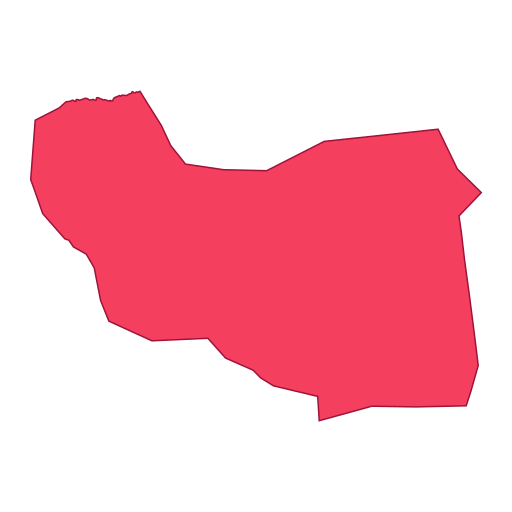 Bayan-O'njuul, Töv, Mongolia
{"feature_id": "93677404B80722080120320", "entity_name": "Bayan-O'njuul", "entity_type": "district", "adm_level": 2, "iso_a3": "MNG", "parent_name": "Mongolia", "parent_adm1": "Töv", "projection": "robinson", "projection_center": [105.656, 46.921], "detail": "fine", "context": "isolated", "style": "filled", "palette": "rose", "viewbox_px": 512, "rotation_deg": 0, "n_neighbors": 0, "source": "geoboundaries", "source_scale": "gbopen_adm2", "svg_char_len": 2428}
<svg xmlns="http://www.w3.org/2000/svg" viewBox="0 0 512 512"><path d="M319.2,420.3L319.2,420.7L371.8,406.2L416.0,406.9L466.2,405.8L471.0,390.9L478.2,365.5L474.9,338.3L469.6,296.9L464.5,259.6L461.4,232.8L459.0,215.9L481.3,192.6L457.4,169.1L438.1,129.2L353.2,138.3L324.2,141.4L266.6,170.7L223.5,169.7L185.5,164.1L170.8,145.7L161.3,125.4L147.9,104.1L140.0,91.3L139.7,91.4L139.3,91.5L139.1,91.6L138.8,91.8L138.5,92.1L138.2,92.3L137.6,92.3L137.3,92.2L136.9,91.9L136.5,91.9L136.2,92.0L135.9,92.2L135.6,92.4L135.2,92.6L134.8,92.9L134.4,93.0L134.2,93.0L133.9,92.8L133.5,92.5L133.3,92.2L133.1,92.0L133.0,91.9L132.8,91.8L132.7,91.7L132.4,91.8L132.1,91.8L132.0,92.1L131.8,92.4L131.7,92.9L131.5,93.2L131.0,93.5L130.4,93.7L129.7,93.8L129.2,94.0L128.6,94.3L128.1,94.6L127.6,95.0L127.2,95.3L126.5,95.4L126.0,95.4L125.1,95.4L124.4,95.3L123.8,95.3L123.2,95.3L122.7,95.1L122.4,95.1L122.0,95.2L121.6,95.6L121.0,96.0L120.7,96.1L120.3,95.9L119.9,95.6L119.4,95.6L118.9,95.7L118.4,96.1L117.7,96.3L116.7,96.8L115.4,97.2L114.6,97.6L113.9,98.2L113.4,99.0L113.1,99.4L113.0,99.9L112.8,100.4L112.5,100.9L112.1,101.1L111.6,100.9L111.1,100.7L110.7,100.4L110.1,100.4L109.7,100.8L109.4,101.2L109.0,101.2L108.6,101.1L108.4,100.9L107.8,100.5L107.3,100.3L107.0,100.4L106.3,100.3L105.7,100.0L105.3,99.8L104.8,99.7L104.2,99.8L103.8,99.9L103.3,100.0L102.7,99.6L102.3,99.4L101.6,99.1L101.0,99.0L100.4,98.8L99.8,98.5L99.3,98.2L98.8,97.9L98.3,97.8L97.7,97.6L97.4,97.6L97.0,97.7L96.6,97.9L96.4,98.3L96.3,98.8L96.3,99.9L96.1,100.1L95.7,100.3L95.2,100.2L94.9,100.2L94.4,100.1L94.2,100.0L93.9,99.7L93.7,99.5L93.5,99.4L93.1,99.4L92.6,99.5L92.1,99.6L91.6,99.8L91.2,99.9L90.8,100.0L90.3,100.1L89.8,99.9L89.2,99.8L88.4,99.3L87.8,98.9L87.2,98.6L86.2,98.3L85.2,98.4L84.3,98.5L83.2,99.0L82.6,99.3L82.3,99.4L82.0,99.5L81.6,99.6L81.3,99.6L81.0,99.8L80.7,99.9L80.4,100.0L80.2,100.0L79.9,100.2L79.5,100.3L79.1,100.3L78.8,100.1L78.6,99.7L78.3,99.6L77.8,99.6L77.4,99.6L77.1,99.5L76.6,99.5L76.3,99.6L76.1,99.8L76.0,100.0L76.0,100.5L76.1,101.0L75.9,101.3L75.7,101.4L74.5,101.2L74.2,101.1L73.8,100.9L73.7,100.5L73.3,100.3L72.9,100.2L72.5,100.3L72.2,100.3L71.7,100.4L71.1,100.8L70.4,101.2L66.0,101.8L59.2,107.9L35.2,120.2L30.7,179.6L34.2,189.2L42.7,213.6L64.8,238.8L68.8,240.2L73.4,246.9L86.3,254.2L94.2,267.8L100.6,300.5L108.9,321.2L151.9,340.8L207.9,338.3L225.6,358.1L253.1,370.2L260.9,378.1L273.6,385.9L317.7,396.4L319.2,420.3Z" fill="#f43f5e" stroke="#9f1239" stroke-width="1.5"/></svg>